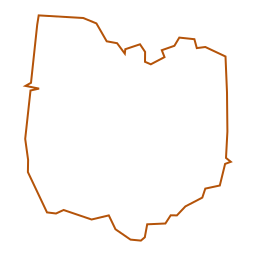 Bedford, Tennessee, United States of America
{"feature_id": "52423323B66750540744461", "entity_name": "Bedford", "entity_type": "district", "adm_level": 2, "iso_a3": "USA", "parent_name": "United States of America", "parent_adm1": "Tennessee", "projection": "albers", "projection_center": [-86.442, 35.51], "detail": "fine", "context": "isolated", "style": "outline", "palette": "amber", "viewbox_px": 256, "rotation_deg": 0, "n_neighbors": 0, "source": "geoboundaries", "source_scale": "gbopen_adm2", "svg_char_len": 685}
<svg xmlns="http://www.w3.org/2000/svg" viewBox="0 0 256 256"><path d="M37.2,24.8L31.0,82.8L25.5,85.9L39.1,88.6L30.5,90.5L25.2,138.9L28.1,159.9L27.9,172.1L47.0,212.4L56.0,213.5L63.6,210.0L91.6,219.5L108.8,215.4L115.5,229.3L130.5,239.6L140.9,240.6L144.8,237.3L147.2,224.3L165.4,223.5L170.7,215.3L176.9,215.4L185.4,206.4L202.3,197.6L205.3,188.6L219.8,185.5L225.1,163.9L230.8,161.8L226.0,157.9L227.4,131.6L227.0,92.5L225.5,56.5L205.3,47.0L196.8,48.1L194.4,39.2L179.3,37.6L174.4,45.8L161.8,50.2L164.5,57.1L150.8,64.3L145.0,61.8L145.1,51.9L140.0,44.3L125.3,49.2L124.8,53.6L117.1,43.2L106.7,41.3L96.4,23.4L83.2,18.0L38.7,15.4L37.2,24.8Z" fill="none" stroke="#b45309" stroke-width="2"/></svg>